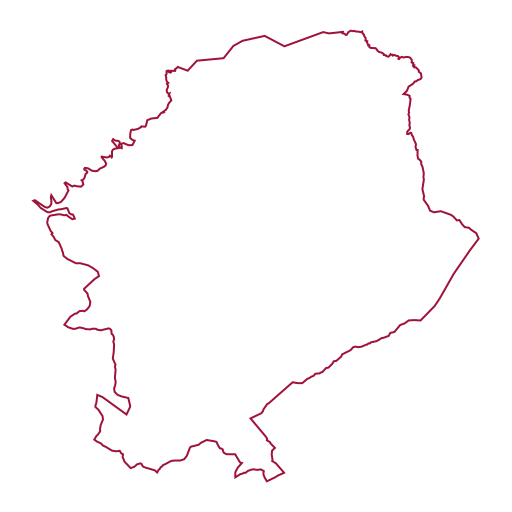 Afigya Kwabre South, Ashanti, Ghana (Albers equal-area conic projection)
{"feature_id": "2480657B27047738560833", "entity_name": "Afigya Kwabre South", "entity_type": "district", "adm_level": 2, "iso_a3": "GHA", "parent_name": "Ghana", "parent_adm1": "Ashanti", "projection": "albers", "projection_center": [-1.625, 6.839], "detail": "fine", "context": "isolated", "style": "outline", "palette": "rose", "viewbox_px": 512, "rotation_deg": 0, "n_neighbors": 0, "source": "geoboundaries", "source_scale": "gbopen_adm2", "svg_char_len": 5894}
<svg xmlns="http://www.w3.org/2000/svg" viewBox="0 0 512 512"><path d="M177.7,66.9L177.3,67.6L174.9,69.3L175.3,70.3L175.1,70.9L170.3,70.8L171.1,72.0L170.6,72.6L168.7,72.0L167.9,70.6L166.6,71.1L166.6,74.0L165.6,75.2L166.2,77.2L166.2,79.5L166.9,81.7L168.3,82.9L166.9,83.8L168.0,85.6L167.9,87.2L166.8,89.6L166.7,90.8L167.4,92.8L168.7,93.7L169.5,93.4L168.6,95.9L169.0,96.2L169.6,95.8L171.3,100.4L169.1,102.9L168.1,104.6L167.4,107.6L165.8,109.9L162.7,112.1L163.3,112.5L161.2,113.0L160.7,113.5L157.3,117.9L151.5,118.5L147.3,120.2L146.0,125.6L145.2,126.7L141.5,126.4L141.0,126.7L140.9,127.3L137.9,128.9L133.5,130.0L132.7,129.5L131.1,130.0L130.3,133.3L130.1,137.9L132.1,139.7L134.7,140.7L132.4,145.1L128.4,145.2L123.6,143.1L121.7,143.7L121.3,144.8L121.8,146.7L121.7,148.2L119.5,147.4L118.9,145.1L119.8,143.5L119.6,141.9L118.4,140.9L115.2,140.6L113.2,139.1L112.1,141.0L118.1,148.2L114.8,148.7L113.0,149.6L112.0,151.3L112.0,156.8L111.7,157.3L110.9,156.2L109.9,155.7L109.3,156.7L106.9,157.5L101.7,156.6L101.6,157.2L104.9,161.1L106.1,163.6L105.6,165.5L103.9,166.8L99.9,168.6L97.5,170.9L95.3,171.2L91.9,170.7L88.4,168.5L86.0,167.9L84.8,168.0L84.2,168.9L84.5,169.8L86.2,170.6L87.3,171.7L87.1,172.7L85.6,174.0L84.5,177.8L83.7,179.0L82.9,179.7L81.6,180.3L82.6,181.5L83.3,184.6L80.9,186.7L76.6,186.2L74.4,185.6L72.3,186.5L65.6,182.4L64.6,183.2L67.5,187.2L67.6,189.0L68.5,190.4L64.6,197.8L61.1,201.8L58.3,203.0L56.4,203.2L51.3,195.2L50.8,197.2L51.4,200.8L51.3,204.1L49.5,206.6L47.3,207.7L44.7,206.9L34.9,200.2L33.3,200.8L38.2,205.0L40.6,207.9L47.3,212.1L49.9,212.3L52.0,211.3L58.7,209.4L60.8,209.3L66.7,208.0L67.5,208.5L69.3,213.1L71.0,214.3L73.0,214.6L74.8,218.6L72.3,219.2L68.0,216.3L66.5,214.9L64.2,215.3L60.7,214.4L58.4,214.3L51.4,215.4L49.7,216.0L48.1,218.0L47.2,222.4L47.5,224.1L50.7,231.0L52.5,233.1L51.5,234.3L53.6,236.7L55.3,240.0L58.7,242.1L61.7,248.8L62.2,250.9L62.9,252.4L63.5,255.8L67.4,259.0L76.0,263.3L80.1,263.2L88.3,265.4L93.1,268.2L97.8,271.8L99.0,276.1L94.5,279.1L84.1,288.8L84.1,289.8L87.5,293.6L88.0,296.2L90.3,301.8L89.8,305.5L89.0,307.0L86.7,309.7L84.4,311.3L82.3,310.8L79.3,311.2L76.8,313.4L74.9,313.7L70.3,316.8L64.4,324.7L68.1,327.2L72.7,328.8L75.2,328.8L79.7,327.4L84.0,328.4L85.6,329.1L90.1,329.4L92.4,328.7L96.0,328.8L97.3,329.7L100.8,330.3L108.5,328.4L109.8,328.7L111.3,330.2L111.7,334.0L112.8,334.8L113.8,336.9L114.1,339.4L113.3,341.4L114.1,344.6L113.7,352.1L112.8,358.6L115.5,364.7L114.9,366.5L115.6,369.7L114.9,377.7L115.7,382.2L115.0,386.0L114.1,388.1L114.6,391.8L117.5,394.8L121.4,396.4L128.3,398.0L130.2,405.9L130.0,407.1L126.5,414.5L102.5,397.1L97.3,394.9L96.4,402.7L95.4,405.8L95.5,407.1L98.3,409.6L102.5,416.0L103.0,419.5L100.7,425.0L100.0,429.1L100.2,431.2L98.3,434.1L96.2,436.3L94.3,439.6L97.0,441.6L100.9,443.4L103.2,445.7L105.7,446.8L111.9,450.6L116.4,451.3L119.7,450.8L121.3,453.4L123.1,454.4L122.6,456.9L124.5,461.7L130.7,468.1L134.4,466.7L137.1,464.3L140.2,463.4L141.4,463.8L142.8,466.4L144.5,467.3L154.8,470.3L157.1,472.5L158.6,469.8L159.8,468.9L160.7,467.2L162.2,466.3L163.1,465.0L165.4,464.1L170.0,461.5L172.0,460.8L175.3,460.5L180.2,460.5L184.2,459.2L186.9,455.7L189.8,448.0L190.8,446.7L198.6,444.8L200.8,442.9L206.6,440.0L214.0,441.2L216.5,441.9L217.9,445.1L219.9,448.3L221.2,448.5L222.8,449.5L223.1,451.4L223.7,452.6L226.3,454.2L235.2,454.3L239.7,461.9L240.2,462.5L241.9,463.0L237.8,467.6L235.6,471.6L235.3,472.9L235.3,477.3L240.3,474.2L242.6,473.6L244.1,472.7L245.4,472.9L247.9,470.9L251.2,469.7L253.5,469.3L257.3,469.9L260.8,469.4L263.8,471.1L263.4,473.4L263.6,474.9L264.7,477.6L266.9,481.3L275.3,477.2L278.0,475.5L284.1,472.8L275.9,463.3L272.2,461.0L272.5,459.8L271.7,454.3L272.1,450.6L274.9,447.9L270.5,443.4L270.1,442.2L266.9,440.3L267.1,438.7L265.7,436.5L250.5,418.4L261.4,413.2L263.0,411.1L263.4,409.5L267.2,404.0L268.6,403.4L292.6,382.3L298.2,383.2L302.3,383.1L307.4,378.8L309.3,378.1L311.3,376.7L313.5,375.9L315.4,373.7L319.5,373.4L321.2,372.3L322.2,372.2L326.1,368.0L328.3,367.7L332.1,364.1L333.7,361.3L336.3,360.9L341.3,356.5L342.1,354.4L350.5,350.2L353.1,347.3L355.2,346.6L358.5,347.2L361.5,346.7L366.4,344.6L367.2,344.6L368.4,343.4L369.8,343.4L371.0,342.3L376.7,341.1L381.7,338.1L383.2,337.9L388.7,335.9L390.3,332.9L394.4,332.0L400.2,325.0L404.6,323.4L408.8,320.4L414.9,320.1L420.5,320.5L434.6,306.1L439.7,298.5L453.8,273.7L470.0,250.2L478.7,238.6L476.3,233.2L471.1,229.7L469.0,227.8L464.7,227.1L462.2,224.4L459.5,220.1L456.9,220.4L453.4,216.6L451.1,214.9L440.8,211.2L434.0,212.3L430.1,210.7L428.1,205.9L423.7,199.7L423.7,197.5L424.2,196.7L422.4,189.2L423.9,179.3L423.4,177.3L423.8,173.4L422.5,166.8L421.2,164.0L421.2,161.5L419.3,159.4L418.2,158.8L417.5,155.9L417.6,150.0L416.5,150.0L415.5,147.0L416.0,144.1L413.9,139.7L413.0,136.5L411.9,135.2L411.3,133.0L410.4,132.7L408.5,134.1L407.2,134.0L407.3,131.6L409.9,128.7L409.9,127.1L409.3,124.9L409.8,123.1L409.1,119.8L409.5,117.4L408.4,114.3L409.1,112.7L408.7,110.6L409.8,105.3L410.6,98.9L409.6,97.7L409.6,95.8L406.5,94.5L403.6,94.1L407.0,90.7L408.6,86.6L413.0,83.8L414.8,81.5L416.4,81.2L417.7,80.1L420.5,79.1L421.6,77.5L420.9,73.3L418.8,71.8L418.8,70.3L415.9,67.4L414.3,67.4L413.5,66.5L414.2,66.4L414.4,65.2L413.2,64.8L413.3,63.0L412.3,62.9L411.6,62.3L411.9,61.7L411.8,60.0L410.3,57.8L408.6,57.1L406.3,56.9L403.5,57.5L401.9,56.8L400.3,57.6L398.9,59.1L398.4,58.8L399.2,57.5L397.8,56.0L396.2,55.8L394.2,54.9L392.7,55.6L392.0,54.6L390.8,54.8L390.5,54.3L388.6,56.7L386.3,56.1L386.0,55.3L383.8,55.0L383.8,54.1L382.3,52.9L379.0,51.9L377.3,50.6L377.0,49.7L375.6,48.2L370.5,47.9L369.3,47.0L369.3,45.2L368.1,45.3L367.8,43.9L366.6,41.8L367.1,41.1L365.4,40.4L365.7,38.2L364.1,35.8L364.0,34.7L362.7,33.6L362.2,31.5L360.9,32.2L357.6,31.5L355.7,31.5L354.6,30.9L353.0,31.2L350.8,30.7L348.5,32.0L346.7,34.8L345.7,34.9L344.6,33.8L342.4,33.2L342.8,31.9L329.0,33.4L323.2,32.1L284.4,46.3L264.7,35.9L242.5,40.8L233.4,45.9L223.6,58.2L196.9,60.7L187.7,70.7L177.7,66.9Z" fill="none" stroke="#9f1239" stroke-width="2"/></svg>